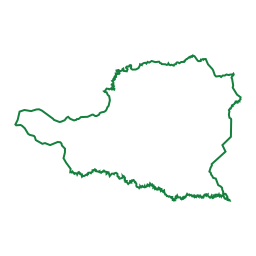 Sap Yai, Chaiyaphum, Thailand
{"feature_id": "78962969B56602789101546", "entity_name": "Sap Yai", "entity_type": "district", "adm_level": 2, "iso_a3": "THA", "parent_name": "Thailand", "parent_adm1": "Chaiyaphum", "projection": "robinson", "projection_center": [101.638, 15.614], "detail": "fine", "context": "isolated", "style": "outline", "palette": "green", "viewbox_px": 256, "rotation_deg": 0, "n_neighbors": 0, "source": "geoboundaries", "source_scale": "gbopen_adm2", "svg_char_len": 5896}
<svg xmlns="http://www.w3.org/2000/svg" viewBox="0 0 256 256"><path d="M227.4,200.0L229.7,200.5L229.4,199.8L228.2,199.4L227.5,198.4L227.4,196.8L225.6,193.9L223.1,193.6L223.2,191.8L222.2,189.5L222.1,187.8L220.6,186.4L218.2,185.1L215.8,178.6L213.1,177.8L212.1,175.7L211.2,174.7L210.7,172.7L209.4,171.6L210.6,167.7L211.9,165.3L211.7,164.1L225.5,151.6L222.4,145.1L230.9,136.8L231.2,119.6L230.9,118.7L229.5,117.8L229.3,117.1L228.9,114.5L229.4,111.3L228.9,110.1L230.1,108.5L230.6,108.7L231.8,106.4L232.6,106.0L232.1,105.3L234.1,104.2L235.0,102.8L235.5,102.8L235.6,101.9L236.2,102.1L236.3,101.4L236.6,101.4L237.7,102.5L238.2,101.4L239.3,101.4L239.0,100.7L240.5,99.4L240.3,98.6L240.6,97.3L237.0,94.6L232.7,87.6L233.2,85.5L232.1,78.9L231.5,77.7L232.3,76.0L233.3,75.4L233.7,74.3L233.4,73.7L232.8,74.4L229.9,74.6L229.0,75.1L226.4,74.5L224.9,75.5L222.7,75.5L221.1,77.0L219.9,76.0L216.1,76.5L214.8,75.2L213.1,70.3L212.3,69.0L208.0,64.3L205.7,59.0L204.1,59.1L203.5,59.7L202.9,59.1L201.7,59.7L200.9,59.6L200.7,61.0L198.8,61.2L197.7,60.7L194.6,56.3L192.9,55.5L192.6,56.2L191.7,56.1L191.8,56.9L190.0,56.9L189.8,57.4L189.4,57.0L187.0,59.0L186.6,59.0L184.6,60.8L184.8,61.2L184.3,61.9L181.2,62.0L179.4,63.2L177.8,62.4L176.8,62.5L176.3,63.0L175.9,64.2L174.4,64.4L173.8,65.6L171.3,64.7L170.2,65.2L169.1,64.6L168.4,63.4L167.8,64.6L166.7,64.9L165.4,64.3L161.8,64.1L161.2,63.3L160.1,63.1L159.1,61.7L155.2,62.1L151.7,61.0L149.1,62.6L147.6,61.9L146.4,63.6L145.5,62.8L144.2,62.9L142.1,64.0L141.8,65.1L140.1,64.3L139.9,65.5L138.5,68.1L135.8,69.5L132.5,69.6L131.5,69.0L131.0,68.4L131.2,65.9L130.8,65.1L130.2,65.1L129.5,65.4L128.9,66.6L127.0,66.5L126.1,67.3L126.1,67.8L127.6,69.2L126.8,71.3L123.7,70.9L123.3,68.6L122.5,69.1L122.3,70.2L120.6,71.1L119.4,70.9L118.6,70.0L116.5,70.5L116.6,71.0L119.0,71.8L119.5,73.4L119.0,73.9L118.0,73.8L116.9,74.3L116.8,73.2L115.7,73.4L116.1,76.9L115.2,77.2L114.6,76.7L114.0,78.2L114.9,78.8L114.9,79.3L114.4,79.8L113.3,79.3L113.0,80.4L112.2,80.9L113.3,82.1L113.4,84.3L112.0,84.2L111.7,84.7L112.7,85.3L112.5,86.1L113.9,86.4L113.0,88.3L113.5,88.9L114.3,88.9L114.2,89.6L112.9,89.1L112.3,89.4L112.2,88.8L111.6,88.9L111.4,88.2L109.2,89.4L108.5,88.9L106.6,88.6L105.0,91.0L104.1,91.3L104.8,92.0L106.6,92.3L107.7,94.8L109.2,96.2L109.9,100.2L108.6,105.9L107.3,107.4L106.6,109.4L105.6,110.9L104.2,111.8L101.0,112.5L99.7,113.2L99.0,114.7L96.6,116.0L95.2,116.0L93.0,114.6L92.2,114.7L87.6,116.8L80.9,117.1L78.6,119.0L76.8,119.1L76.3,119.8L74.0,120.4L70.2,118.8L68.1,116.8L66.5,117.8L64.7,120.2L61.1,121.7L59.5,122.0L54.0,119.9L53.1,118.8L41.9,110.6L39.1,109.3L36.3,109.5L31.1,111.1L24.4,110.0L19.6,111.6L17.7,119.8L15.4,124.5L16.2,125.3L20.6,125.0L22.2,125.9L24.8,128.3L28.1,133.8L29.8,134.9L33.9,135.9L34.8,136.9L35.8,140.1L42.4,143.8L45.0,143.1L50.1,145.1L57.7,142.0L60.4,142.3L61.5,143.6L61.9,145.5L65.0,148.7L64.9,152.7L63.5,158.2L66.1,162.7L70.6,168.8L70.3,172.2L71.2,172.0L71.5,172.5L72.5,172.4L72.7,171.8L74.4,173.9L74.7,173.8L74.8,173.1L76.8,173.4L77.2,174.5L78.4,172.2L78.8,172.1L78.9,173.0L80.2,173.2L80.2,174.1L81.9,174.4L81.6,175.5L82.0,176.7L82.9,175.8L84.0,176.1L86.4,174.6L87.0,175.0L87.4,174.0L88.1,174.1L88.3,172.8L90.1,172.6L90.9,173.2L91.5,172.3L92.7,171.7L92.5,170.3L93.8,170.0L94.8,170.4L94.5,169.7L94.9,169.3L96.0,170.1L95.9,171.2L98.4,171.6L99.1,171.3L98.9,171.9L100.9,172.7L101.0,172.1L102.5,171.9L103.0,171.2L103.8,171.5L104.1,170.8L104.8,171.5L107.1,172.0L106.4,172.4L106.5,173.9L107.4,173.2L108.8,173.1L109.7,176.1L111.7,173.7L113.2,173.6L114.0,174.2L114.5,173.3L116.0,172.8L117.4,173.8L117.5,176.2L118.7,176.8L118.5,177.4L119.5,178.7L122.0,178.0L122.9,176.8L122.8,176.2L123.3,176.8L123.8,176.3L124.9,177.7L124.9,178.6L124.0,178.2L124.6,178.9L124.8,180.8L126.5,181.0L125.9,181.9L126.8,182.0L128.2,184.0L129.6,182.7L130.5,182.7L129.8,182.0L130.1,181.0L130.9,181.2L131.4,180.7L131.9,181.4L132.8,180.2L133.6,180.0L134.2,181.1L135.2,181.8L135.0,182.4L135.6,182.5L136.4,183.9L136.3,185.7L136.7,186.7L138.3,187.4L138.9,187.3L139.2,187.9L139.7,187.1L140.3,187.3L140.3,186.3L140.6,186.7L141.1,186.5L141.0,187.0L141.4,187.2L141.8,187.0L141.7,186.4L142.3,186.1L142.4,186.5L144.1,187.2L144.5,186.4L144.6,187.0L145.3,187.2L146.5,186.6L146.7,185.7L147.6,185.9L147.7,184.9L148.5,185.6L148.4,186.0L148.8,185.2L149.5,185.9L150.1,183.5L151.4,185.1L152.1,184.5L152.4,185.2L153.0,185.3L152.6,186.0L153.5,186.4L153.4,187.2L154.3,186.5L155.3,187.3L155.5,187.8L154.6,188.5L155.0,189.2L156.0,188.7L157.0,189.6L157.3,189.1L156.8,188.9L157.3,188.5L158.6,189.3L158.9,187.7L160.0,188.4L160.1,189.1L161.5,189.0L161.6,189.7L160.8,189.7L160.9,191.0L161.9,190.4L162.7,191.3L164.1,190.4L164.2,191.3L163.7,192.3L164.5,192.6L165.2,194.5L166.0,194.6L166.9,196.1L167.6,196.0L168.7,196.7L169.4,196.3L170.6,197.0L171.7,197.0L171.2,197.7L171.8,198.2L172.4,198.0L172.9,198.6L172.8,200.0L173.6,199.9L173.9,200.5L174.5,200.4L173.9,199.9L173.9,199.4L176.1,198.5L175.5,197.5L175.7,196.6L176.1,196.2L176.8,196.5L177.2,195.6L178.0,197.4L181.0,197.3L180.4,197.6L181.1,199.1L181.7,199.4L182.6,198.9L182.6,197.8L183.0,197.3L183.6,198.2L184.4,196.8L184.8,197.0L184.6,197.8L185.4,197.3L187.1,194.0L187.8,194.9L189.1,194.5L189.6,195.4L191.0,194.9L192.2,196.4L192.6,196.3L192.6,195.6L194.0,195.4L193.9,196.6L194.4,197.1L195.1,195.9L195.7,196.3L195.7,197.0L196.2,197.2L197.1,195.7L198.3,196.5L198.0,195.4L199.3,195.6L199.8,196.1L200.3,195.7L200.9,196.8L202.0,196.9L201.6,197.6L201.9,197.8L202.5,197.2L203.4,197.5L203.8,196.4L203.7,195.6L204.6,194.9L205.5,195.4L205.2,194.5L206.3,194.2L207.0,194.8L207.7,194.4L207.6,195.4L210.0,197.7L210.7,197.6L211.3,196.3L211.5,197.2L212.2,196.8L212.8,198.0L213.5,197.7L213.9,196.9L215.2,196.7L214.0,195.4L215.2,195.4L215.4,194.7L217.2,194.7L217.3,196.0L218.5,195.8L219.0,194.6L219.6,196.3L220.5,195.4L221.2,196.6L221.6,195.6L222.4,195.8L223.7,195.1L223.3,196.3L224.0,196.9L224.6,198.4L225.4,198.9L226.3,198.3L226.4,198.7L227.1,198.9L227.4,200.0Z" fill="none" stroke="#15803d" stroke-width="2"/></svg>